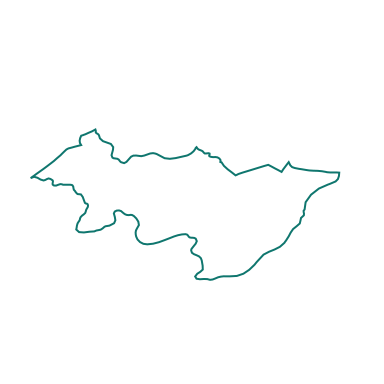 outline of Querétaro, rotated 247°
{"feature_id": "MEX-2733", "entity_name": "Querétaro", "entity_type": "State", "adm_level": 1, "iso_a3": "MEX", "parent_name": "Mexico", "parent_adm1": "", "projection": "equal_earth", "projection_center": [-99.752, 20.792], "detail": "fine", "context": "isolated", "style": "outline", "palette": "teal", "viewbox_px": 384, "rotation_deg": 247, "n_neighbors": 0, "source": "natural_earth", "source_scale": "10m", "svg_char_len": 4046}
<svg xmlns="http://www.w3.org/2000/svg" viewBox="0 0 384 384"><g transform="rotate(247 192 192)"><path d="M287.1,112.0L287.0,113.0L286.9,114.1L286.9,115.2L286.8,116.3L286.9,119.9L286.9,123.7L287.3,127.5L286.1,127.4L284.3,126.7L283.3,127.1L282.5,127.8L281.4,128.4L280.4,128.5L277.3,128.2L273.6,129.9L267.9,136.1L264.1,137.0L261.8,135.8L257.3,132.3L254.8,132.2L253.8,132.9L251.7,136.3L250.5,137.2L248.2,137.8L247.2,138.3L245.1,140.8L245.3,143.4L248.3,149.7L248.4,152.2L247.4,154.8L244.8,159.3L244.2,162.3L243.8,168.5L243.0,171.3L241.9,173.0L240.8,174.3L233.8,180.0L231.2,184.6L229.6,190.2L227.6,201.2L227.5,202.8L227.9,206.3L228.9,209.4L230.3,211.8L231.1,212.6L231.5,213.7L229.6,214.1L228.2,215.0L227.0,216.3L225.8,217.4L225.1,217.8L224.0,218.1L223.0,218.5L222.5,218.8L222.0,219.9L221.6,221.3L221.2,222.5L220.5,223.2L219.9,223.0L219.3,222.5L218.7,222.0L218.1,222.0L217.1,223.0L216.3,224.2L215.6,225.6L215.1,227.1L213.9,229.0L212.1,230.3L210.2,230.7L208.5,229.8L208.3,230.0L208.1,230.3L208.0,230.6L207.8,230.8L203.6,231.6L199.0,233.7L194.5,236.3L190.3,238.6L190.3,239.5L190.3,240.4L190.4,241.3L190.4,242.2L190.1,246.0L189.7,249.8L189.3,253.6L188.9,257.4L188.5,261.3L188.1,265.1L187.7,268.9L187.2,272.8L184.3,275.2L181.4,277.5L178.5,279.9L175.5,282.3L177.2,284.8L178.7,287.4L180.2,290.0L181.7,292.7L178.2,292.9L175.8,293.9L173.9,296.0L171.6,299.4L170.2,301.7L168.8,303.9L167.4,306.1L166.0,308.4L164.1,312.2L162.3,316.1L160.3,319.8L158.1,323.2L157.8,323.5L157.6,323.9L157.3,324.3L157.1,324.7L155.8,327.2L154.7,329.9L153.6,332.5L152.3,335.1L149.3,333.5L146.9,331.4L145.6,328.3L145.6,323.8L145.6,322.7L145.6,321.6L145.7,320.5L145.7,319.4L145.6,310.2L143.0,300.5L138.2,292.6L131.9,288.8L131.1,287.4L129.7,286.9L128.2,286.6L126.8,285.8L125.5,282.2L123.2,280.6L120.9,278.9L119.6,274.9L118.4,270.6L116.1,267.0L113.4,263.7L111.0,260.2L110.5,259.5L110.1,258.7L109.6,257.9L109.1,257.2L107.2,251.5L106.8,245.6L106.9,239.6L106.4,233.4L105.0,230.3L103.6,227.2L102.2,224.1L100.6,221.1L98.0,214.2L96.7,207.4L97.2,200.5L99.8,193.3L100.9,190.8L102.0,188.3L102.8,185.6L103.3,182.8L103.3,179.6L103.4,176.8L104.1,174.3L105.9,172.0L107.3,168.9L108.6,165.2L110.4,162.3L113.0,161.9L114.7,164.9L115.3,168.5L116.4,171.6L120.0,173.0L122.6,173.6L125.1,174.2L127.6,174.3L130.0,173.3L132.0,171.5L134.0,169.5L136.1,168.2L138.5,168.4L138.9,168.6L139.2,168.8L139.6,169.1L139.9,169.5L141.4,172.2L143.0,175.2L144.9,177.2L147.6,177.2L148.8,176.2L149.6,174.8L150.3,173.3L151.2,172.0L152.3,171.5L153.5,171.3L154.6,170.9L155.7,169.6L156.9,166.1L157.7,162.2L158.1,158.1L158.2,154.2L158.4,148.2L158.7,142.0L159.6,136.0L161.3,130.4L163.3,127.0L166.2,124.6L169.6,123.3L172.8,123.2L174.8,123.6L176.8,124.3L178.5,125.4L180.0,127.2L182.3,130.2L185.7,131.0L189.4,130.4L192.6,129.1L194.3,127.8L195.0,126.4L195.4,124.8L196.3,123.1L197.5,121.8L198.9,120.9L200.4,120.1L202.1,119.3L203.5,117.7L204.3,115.5L204.2,113.3L202.8,111.7L199.1,111.2L195.9,110.4L193.7,108.1L193.3,102.9L193.8,100.8L194.2,99.3L194.2,97.9L193.4,95.5L193.0,93.2L193.4,91.2L193.9,89.0L193.9,86.7L195.5,82.1L197.0,76.7L199.2,72.4L202.7,70.8L204.3,71.9L206.1,73.0L207.8,74.4L209.0,76.1L209.7,77.3L210.6,78.1L211.5,78.7L212.4,79.7L213.2,81.5L213.7,83.6L214.4,85.5L215.6,86.6L216.8,87.5L217.8,88.7L218.7,90.0L219.9,90.9L221.4,91.2L222.3,90.7L222.9,89.8L223.8,89.2L226.6,89.3L230.1,89.5L233.2,88.8L234.8,85.9L235.7,85.4L236.7,85.1L237.7,84.8L238.6,84.7L240.3,84.1L241.9,84.4L243.5,84.8L245.0,84.5L245.7,83.7L246.4,82.5L246.9,81.2L247.4,80.1L247.9,78.9L248.5,77.5L249.1,76.1L249.9,75.3L250.7,73.9L250.9,71.8L251.0,69.4L251.9,67.5L252.6,67.0L253.2,66.7L253.9,66.8L254.6,67.2L256.0,68.1L257.0,68.3L257.9,67.8L259.3,66.8L260.5,65.3L260.6,63.5L260.4,61.7L260.6,59.9L262.6,57.5L265.5,55.3L267.7,52.6L267.8,48.9L268.0,49.7L268.2,50.5L268.4,51.3L268.5,52.1L269.5,56.2L270.4,60.3L271.3,64.4L272.3,68.5L273.4,72.8L274.5,77.0L275.9,81.1L277.2,85.3L278.1,87.5L279.2,90.3L280.2,93.0L280.4,95.3L279.9,98.6L279.5,101.8L279.0,105.0L278.5,108.3L280.9,108.0L283.1,108.6L285.3,110.1L287.1,112.0Z" fill="none" stroke="#0f766e" stroke-width="2"/></g></svg>